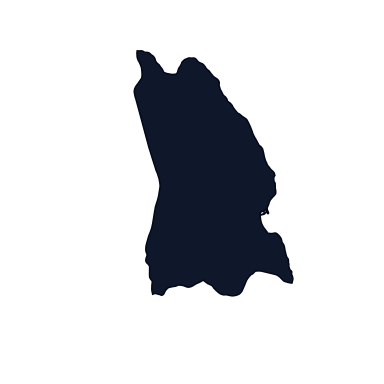 the district of Bolungarvíkurkaupstaður, Vestfirðir, Iceland, rotated 42°
{"feature_id": "244011B6311767935335", "entity_name": "Bolungarvíkurkaupstaður", "entity_type": "district", "adm_level": 2, "iso_a3": "ISL", "parent_name": "Iceland", "parent_adm1": "Vestfirðir", "projection": "mercator", "projection_center": [-23.321, 66.137], "detail": "fine", "context": "isolated", "style": "filled", "palette": "ink", "viewbox_px": 384, "rotation_deg": 42, "n_neighbors": 0, "source": "geoboundaries", "source_scale": "gbopen_adm2", "svg_char_len": 5744}
<svg xmlns="http://www.w3.org/2000/svg" viewBox="0 0 384 384"><g transform="rotate(42 192 192)"><path d="M327.2,192.9L327.2,192.7L326.5,191.4L326.0,190.5L325.1,189.0L323.8,188.0L322.5,187.1L321.4,186.8L320.6,185.9L319.7,184.8L319.3,184.4L318.7,184.2L318.0,184.5L316.9,184.2L316.1,183.9L314.6,183.1L313.4,182.2L312.2,180.7L310.9,180.0L310.1,178.9L308.3,177.4L307.4,177.3L305.7,176.8L304.0,175.8L302.7,174.9L300.1,173.1L297.6,171.1L296.2,170.2L294.5,169.5L293.3,169.4L292.2,168.9L291.3,168.2L290.3,167.5L289.1,166.9L288.2,166.6L285.9,166.2L283.9,166.1L282.5,166.2L281.3,166.8L280.7,167.4L279.4,169.2L278.1,170.4L276.8,171.2L275.9,172.0L275.5,172.2L275.2,172.2L274.9,172.1L274.9,171.8L274.6,171.5L274.1,171.4L271.9,171.0L268.4,170.3L265.7,169.3L264.5,168.7L263.8,168.3L261.8,166.9L260.3,165.6L259.4,164.8L258.6,164.1L258.3,163.7L258.9,162.5L259.1,162.4L259.2,162.2L259.7,161.3L260.3,160.5L260.5,160.1L260.6,159.8L260.6,157.6L260.3,157.6L260.4,159.9L260.3,160.0L260.2,160.1L260.0,160.4L259.6,160.3L258.9,162.0L259.0,162.0L258.9,162.1L258.4,162.8L258.1,162.8L257.9,162.7L257.6,162.6L257.3,162.5L257.0,162.3L256.8,162.0L256.7,161.6L256.7,161.3L256.6,160.9L257.1,159.8L257.5,158.7L259.5,158.8L259.5,158.5L257.8,158.4L258.6,155.8L261.6,157.1L261.8,156.7L261.6,156.6L261.8,156.4L262.2,156.7L262.2,157.0L262.6,157.3L262.9,157.3L263.1,157.1L263.2,156.9L263.0,156.5L262.1,155.8L261.1,155.4L260.5,155.2L260.0,154.9L259.3,154.3L258.7,153.7L258.3,153.0L257.3,150.1L256.1,147.6L255.5,145.4L255.4,142.1L255.5,138.7L255.2,137.1L254.3,136.0L253.0,134.7L251.3,133.5L248.3,130.2L247.3,129.6L246.2,129.4L245.6,129.0L243.8,127.4L242.8,125.9L242.5,124.2L241.9,123.8L240.2,122.8L238.6,122.5L238.1,122.5L237.0,122.5L235.3,122.5L233.0,122.0L230.5,121.7L229.5,121.3L228.2,120.6L225.7,119.6L224.0,118.6L221.3,116.8L218.8,114.9L215.5,112.7L212.9,112.2L210.9,112.4L210.2,112.3L207.3,111.2L204.1,110.1L201.9,109.4L200.5,108.9L198.1,107.9L196.8,107.1L194.3,105.8L191.7,104.5L189.2,103.4L186.9,102.5L184.4,101.6L183.1,101.5L181.2,101.8L178.3,102.2L176.6,102.2L175.1,102.3L174.5,102.5L173.3,102.8L172.0,102.7L170.5,102.5L169.4,102.3L168.6,102.2L167.3,101.9L166.8,101.8L165.7,101.5L163.9,100.8L162.8,100.6L161.1,100.4L160.6,100.4L159.6,100.6L158.2,100.7L157.4,100.6L155.8,99.6L154.8,99.3L153.2,99.0L152.1,99.1L151.3,99.1L150.1,99.0L148.8,98.5L146.9,97.7L144.6,97.0L142.5,95.7L140.7,94.6L139.3,92.7L137.9,91.7L136.5,91.3L135.0,91.2L132.7,91.6L130.9,91.8L129.9,91.7L128.5,91.5L126.4,91.2L123.6,90.6L121.7,90.8L120.9,90.8L119.9,90.6L119.1,90.5L117.7,90.0L116.8,90.0L115.7,89.7L113.9,89.8L112.8,90.2L111.4,90.7L109.4,91.1L107.9,90.9L106.6,90.6L105.5,90.6L104.5,90.8L103.6,91.3L101.9,93.0L100.5,94.0L99.8,94.7L98.8,96.8L98.0,98.5L97.7,101.1L97.7,102.2L98.3,103.6L98.7,104.9L99.1,106.6L99.3,108.4L99.4,109.0L100.3,111.0L101.1,112.6L101.4,113.7L101.3,114.7L101.0,115.3L100.4,116.2L99.5,117.0L98.8,117.7L97.8,118.5L95.5,119.9L93.8,120.9L92.4,121.5L91.3,121.8L90.4,121.9L89.7,121.5L88.3,120.8L87.4,120.6L86.1,120.3L84.9,120.2L83.8,119.9L82.9,119.6L82.0,119.5L80.8,119.6L80.0,119.6L79.0,119.5L77.8,119.2L77.1,119.0L76.6,118.6L76.1,118.2L74.9,117.6L73.9,117.3L72.7,117.0L72.4,117.0L71.2,117.1L70.3,117.3L69.5,117.3L69.0,117.3L68.2,117.2L66.8,117.4L65.8,117.9L64.8,118.6L64.5,118.9L63.4,119.8L63.1,119.9L62.5,120.0L61.7,120.1L61.3,120.2L60.1,120.8L59.3,121.6L57.9,122.9L56.8,123.8L58.1,125.6L58.4,125.9L59.7,127.2L60.9,128.4L61.5,128.8L62.8,129.6L64.4,130.3L66.5,131.0L68.4,131.9L70.2,132.8L71.2,133.4L72.5,134.4L74.2,136.0L75.8,137.6L77.2,139.2L78.1,140.5L78.5,141.4L78.8,144.1L79.3,147.7L79.4,149.4L79.7,151.5L80.2,153.3L80.8,154.5L81.6,155.7L82.7,156.8L84.3,158.0L86.2,159.4L88.0,160.4L91.7,162.8L100.7,168.6L112.1,176.0L122.9,183.0L126.8,185.5L130.1,187.7L132.2,188.9L142.1,194.8L142.8,195.2L148.7,198.6L150.6,199.8L153.8,201.3L156.0,202.6L157.4,203.4L159.0,204.4L161.9,206.7L163.2,207.8L164.7,209.4L166.1,211.5L167.2,213.2L167.7,214.0L169.6,216.9L170.7,218.9L171.2,219.8L172.2,221.8L173.4,224.6L175.1,228.1L176.3,229.9L177.5,231.9L180.6,236.6L182.3,239.3L183.9,241.7L184.8,243.4L185.4,244.3L186.5,246.4L187.3,248.3L188.2,250.6L189.0,252.8L189.8,254.7L190.8,256.7L191.2,257.5L192.5,260.1L193.8,262.6L194.8,264.0L196.4,265.9L197.6,267.0L198.6,267.5L200.5,268.5L201.0,269.2L201.5,270.0L201.9,271.3L203.0,273.2L203.9,274.2L205.0,274.7L206.0,274.9L208.3,275.0L209.7,275.4L210.5,275.9L211.3,276.8L213.6,279.4L215.4,281.5L216.6,282.7L217.6,283.7L219.2,284.3L222.0,284.8L222.8,285.6L223.4,286.4L224.5,288.0L225.6,289.3L227.0,291.0L228.4,292.3L231.2,294.3L232.0,292.7L232.5,292.1L233.1,291.7L233.3,291.5L234.6,290.9L235.9,290.2L237.1,289.6L238.3,289.3L238.8,288.7L239.1,288.0L239.2,287.3L239.2,286.6L239.0,285.8L238.7,284.8L238.2,283.1L238.2,282.2L238.2,280.6L238.4,279.1L238.9,278.0L239.9,276.7L240.6,275.7L241.9,274.1L243.0,272.6L243.4,271.9L243.8,270.8L244.4,270.0L245.1,269.4L246.1,268.7L247.6,267.7L248.4,267.3L250.9,266.3L252.0,265.9L253.2,264.9L254.0,264.0L254.6,263.0L255.3,261.4L256.1,258.6L256.7,256.7L257.7,254.7L258.4,253.0L258.9,251.3L259.5,249.9L261.1,249.9L263.3,249.7L265.1,249.5L266.5,249.0L269.3,248.2L270.0,248.2L271.2,248.4L272.4,248.8L275.6,249.0L278.1,249.0L279.9,248.9L281.8,248.5L283.2,247.9L284.3,247.3L285.1,246.5L286.5,245.2L288.1,244.3L290.2,243.1L291.8,241.9L293.3,240.1L294.4,238.5L295.2,236.7L295.4,236.0L295.6,234.4L295.4,232.1L295.1,231.2L294.4,229.1L293.4,226.1L291.8,221.7L291.4,220.1L291.1,217.3L291.1,215.6L291.1,214.1L291.4,213.3L291.8,212.4L291.9,211.1L292.0,208.4L292.6,207.8L293.8,206.5L295.1,205.4L296.4,204.4L301.9,201.4L305.6,199.4L309.1,197.5L310.3,197.0L311.6,196.7L313.0,196.5L314.3,196.4L315.9,196.5L318.6,196.7L319.9,196.7L321.7,196.0L321.8,195.9L324.3,194.7L325.8,193.8L327.2,192.9Z" fill="#0f172a" stroke="#020617" stroke-width="1.5"/></g></svg>